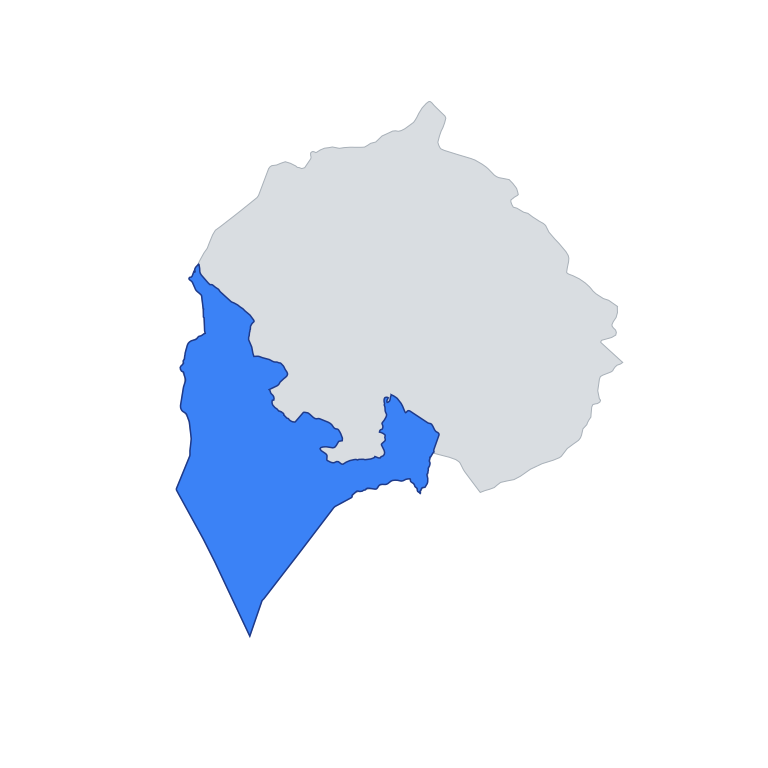 Ethiopia, with Somali highlighted, rotated 109°
{"feature_id": "ETH-3134", "entity_name": "Somali", "entity_type": "Administrative State", "adm_level": 1, "iso_a3": "ETH", "parent_name": "Ethiopia", "parent_adm1": "", "projection": "mercator", "projection_center": [42.488, 7.246], "detail": "fine", "context": "in_parent", "style": "filled", "palette": "blue", "viewbox_px": 768, "rotation_deg": 109, "n_neighbors": 0, "source": "natural_earth", "source_scale": "10m", "svg_char_len": 9809}
<svg xmlns="http://www.w3.org/2000/svg" viewBox="0 0 768 768"><g transform="rotate(109 384 384)"><path d="M187.4,523.8L186.8,523.1L183.5,520.5L180.4,517.0L178.5,513.1L176.7,510.0L175.7,502.9L173.4,498.5L171.2,493.2L167.8,483.1L166.4,479.6L163.7,477.2L160.8,475.0L157.9,470.6L150.1,466.6L147.2,463.5L142.0,458.1L140.8,455.4L140.4,452.7L138.8,450.2L135.9,447.4L127.0,441.2L124.6,440.5L121.4,439.8L116.7,439.2L110.5,437.8L105.0,435.4L102.5,433.7L101.9,432.5L102.4,430.6L104.4,427.2L108.2,419.2L110.8,413.6L112.5,412.1L117.4,411.7L122.5,411.8L126.2,412.3L131.5,412.3L137.9,411.8L140.4,410.0L142.4,408.0L143.2,406.6L143.5,403.0L143.4,400.1L143.1,389.1L142.8,382.3L142.5,374.6L142.6,373.0L142.6,371.0L144.2,362.8L145.6,358.1L146.6,355.6L150.6,347.7L151.3,345.1L151.5,342.8L150.0,332.2L152.6,327.2L155.9,322.3L158.8,320.2L161.2,318.7L162.3,319.3L165.0,321.6L168.7,323.9L170.4,323.4L172.9,321.4L174.7,319.3L174.5,315.6L176.1,307.9L175.8,303.5L177.6,298.0L179.5,290.3L180.4,285.4L181.5,282.8L186.8,277.4L191.3,269.7L194.2,264.1L199.7,255.0L202.5,251.7L204.8,250.2L208.2,249.3L214.5,248.5L219.0,247.7L219.7,246.5L220.0,244.7L220.1,240.6L221.0,233.5L222.9,226.7L225.2,221.4L226.5,219.1L228.0,216.8L229.7,212.9L231.8,204.5L231.7,198.9L234.7,188.4L235.4,188.4L240.5,186.5L245.5,186.2L250.4,187.5L253.5,187.8L255.0,187.2L256.3,185.4L257.6,182.6L259.6,181.1L262.3,180.8L265.9,183.9L271.7,192.3L273.2,192.8L274.1,192.6L277.0,185.9L279.3,180.6L283.5,170.9L285.9,165.3L288.1,166.9L290.4,169.8L292.9,171.1L295.6,171.9L296.9,172.0L298.6,173.2L304.5,180.1L306.5,181.8L309.3,181.9L320.8,179.7L327.8,175.6L328.8,174.0L330.7,174.0L333.0,175.8L333.9,177.5L335.4,179.8L338.1,180.1L344.7,178.5L348.0,177.6L350.7,178.4L354.2,179.0L356.4,179.0L361.6,181.3L367.9,180.6L370.9,180.7L373.9,181.7L378.9,185.3L385.3,189.7L394.6,192.8L396.5,194.1L400.9,199.1L407.9,208.6L416.9,217.8L426.8,225.0L432.1,230.0L435.6,236.1L439.1,241.7L442.7,244.1L446.0,246.0L449.4,250.2L451.8,253.7L455.2,257.7L451.5,263.2L446.5,270.6L440.7,279.1L439.0,281.2L434.0,286.3L433.1,287.8L432.1,291.5L432.0,298.3L432.7,306.9L433.3,314.9L436.1,315.8L439.3,316.4L442.9,315.4L447.2,314.5L452.5,313.9L458.4,312.3L461.9,311.1L465.6,311.1L468.8,312.5L470.4,313.8L472.7,314.2L475.7,314.2L475.0,315.7L473.4,317.9L471.4,320.1L469.6,322.3L465.7,328.7L465.6,329.5L466.1,330.7L468.2,333.6L470.4,338.3L471.6,342.6L472.6,344.7L475.3,347.1L479.1,352.0L481.2,355.3L485.4,357.0L486.8,361.2L490.0,367.4L493.4,372.3L496.7,376.2L500.4,377.6L501.9,377.8L509.7,384.9L515.6,390.3L517.1,391.2L527.8,394.7L540.0,398.8L549.9,402.1L562.4,406.2L574.8,410.3L586.4,414.3L602.7,419.8L615.8,424.2L626.2,427.7L628.4,428.8L666.0,428.8L656.8,437.9L646.3,448.1L635.2,458.8L628.1,465.7L616.8,476.7L607.5,485.8L597.8,495.7L589.1,504.7L577.7,517.2L570.4,525.2L558.9,537.8L551.6,545.8L550.6,546.2L540.2,545.6L530.1,545.0L517.3,544.3L515.8,544.3L512.1,545.1L509.8,545.8L500.5,547.9L498.8,548.5L491.1,551.9L483.3,555.9L479.2,558.9L476.0,563.4L474.6,566.6L473.2,568.0L470.7,569.2L454.3,572.2L449.5,572.6L441.8,575.0L437.7,579.0L436.5,581.1L431.0,581.0L421.4,581.6L417.3,582.2L415.3,582.4L411.6,582.3L408.5,581.6L406.5,580.5L404.0,578.0L398.4,573.0L394.4,569.9L385.5,573.5L377.5,577.1L366.1,582.2L359.6,585.8L357.7,589.5L352.7,596.1L348.2,600.2L346.5,600.7L336.4,599.9L332.8,599.1L326.7,598.3L318.6,596.9L313.2,595.3L307.3,595.1L298.7,594.6L293.5,593.5L288.2,589.8L281.3,585.3L274.3,580.7L267.0,576.0L258.4,570.6L249.0,564.7L246.9,564.1L246.0,564.0L235.8,563.7L225.2,563.4L218.0,563.2L215.8,562.5L214.1,561.2L211.9,556.8L209.1,553.7L206.0,549.7L205.8,544.3L206.6,538.4L207.4,536.5L207.0,534.6L207.1,531.9L205.3,529.4L194.9,526.6L193.3,526.8L191.5,527.9L189.5,528.6L188.1,527.9L187.3,526.9L187.2,525.1L187.4,523.8Z" fill="#d9dde1" stroke="#a8b0b8" stroke-width="1"/><path d="M666.1,428.8L607.5,485.8L589.1,504.7L554.7,542.6L551.7,545.8L550.6,546.2L515.1,544.2L513.7,544.5L510.4,545.7L498.5,548.4L483.1,555.8L477.1,560.7L476.8,561.0L476.5,561.5L476.0,562.7L475.4,565.4L474.8,566.6L473.6,567.9L472.2,568.8L470.6,569.4L452.1,572.6L446.0,572.7L444.8,573.0L443.5,573.6L441.3,575.3L438.7,577.0L438.0,577.5L437.8,578.3L437.8,579.4L437.6,579.9L437.1,580.3L436.6,581.1L434.7,582.1L433.0,581.8L431.4,580.9L429.6,580.3L428.0,581.2L427.5,581.4L426.9,581.3L425.9,580.9L425.3,580.8L422.3,581.6L421.3,581.6L419.4,582.1L411.4,582.6L409.4,582.4L407.6,581.6L405.9,580.3L403.5,576.9L402.5,576.0L401.9,575.7L400.1,575.1L399.4,574.7L399.0,574.3L398.4,573.2L397.4,572.1L395.2,570.6L394.3,569.5L392.0,571.0L380.0,575.6L379.8,575.8L379.6,576.4L379.4,576.6L372.6,579.0L372.2,578.9L371.9,578.9L371.8,579.0L371.9,579.3L371.7,579.5L359.9,585.2L359.1,586.2L357.3,590.9L356.7,592.1L356.0,593.0L350.5,598.0L349.6,599.2L348.8,601.7L348.1,602.7L346.9,602.7L346.3,602.3L346.0,601.8L345.8,601.3L345.5,600.9L344.3,600.5L339.6,600.4L340.0,599.7L339.8,599.3L339.3,599.2L337.6,600.2L336.2,600.3L334.7,600.0L331.3,598.4L331.8,598.0L331.5,597.7L334.6,596.0L337.8,594.7L339.2,593.7L340.5,592.1L345.6,583.3L346.7,581.0L346.2,579.4L346.1,578.7L346.3,577.9L347.5,574.7L348.3,571.4L348.6,570.9L350.0,569.1L355.9,555.4L356.1,554.4L356.2,552.2L356.9,548.1L358.0,545.0L358.8,541.9L360.2,539.1L362.5,533.1L366.1,527.9L366.9,527.3L367.5,527.3L368.6,527.9L369.9,528.5L372.6,529.0L373.4,528.9L375.4,528.3L375.7,528.2L376.6,528.3L377.8,528.0L379.4,527.9L382.2,527.2L383.9,527.2L384.2,527.1L384.5,526.9L385.5,526.7L386.2,526.4L392.1,521.1L397.6,518.0L400.3,516.0L399.0,512.8L398.7,511.7L398.6,510.6L398.7,507.6L398.2,500.4L398.5,498.5L398.7,497.5L398.8,496.6L398.9,495.6L398.8,494.6L398.6,493.8L398.3,493.0L398.1,492.1L398.2,490.5L397.9,488.7L398.2,487.9L399.6,485.2L400.2,484.4L402.4,482.2L404.3,479.7L405.1,479.0L406.0,478.4L407.8,478.4L409.6,479.2L411.4,480.4L416.1,482.9L418.0,483.2L418.9,483.5L419.8,484.0L420.5,484.5L426.7,490.8L427.1,490.0L427.7,489.4L429.1,488.4L429.7,487.8L431.0,485.2L432.0,484.1L433.6,483.2L435.1,483.0L435.7,484.3L436.6,484.2L437.5,484.0L438.3,483.7L439.1,483.2L439.4,483.0L440.4,482.0L440.6,481.6L440.8,481.3L440.9,481.0L441.4,480.2L441.8,479.5L442.5,476.9L443.5,475.3L443.9,474.4L443.5,473.7L443.8,473.3L443.9,472.9L443.7,472.0L443.8,471.6L444.2,471.0L444.3,470.7L444.4,469.8L444.8,469.2L446.1,468.5L446.0,468.1L446.2,467.8L446.4,467.6L446.6,467.4L447.1,466.2L447.6,465.4L447.8,465.0L447.9,464.5L447.8,463.7L447.9,463.2L448.0,462.9L448.8,461.8L449.3,460.1L449.5,458.2L449.0,455.9L448.7,455.6L437.2,451.0L436.8,450.5L436.5,449.3L436.2,447.3L436.1,446.5L436.3,445.7L436.8,444.2L438.5,440.3L439.1,438.2L438.9,436.5L438.3,435.4L437.9,434.5L437.8,433.5L438.3,424.3L438.7,422.2L439.4,420.3L441.5,417.4L442.0,416.3L442.1,415.3L441.8,413.1L442.1,412.2L443.6,410.3L445.1,408.7L448.7,405.7L451.2,405.0L452.7,407.7L453.2,408.2L457.7,409.1L459.9,410.0L461.0,411.6L462.1,417.9L462.8,419.9L463.7,421.7L464.8,423.1L466.1,423.4L467.4,421.8L468.9,416.3L469.9,414.8L470.7,414.4L474.0,413.5L474.7,413.0L474.9,412.1L475.0,411.1L475.3,409.3L475.3,408.2L475.2,407.2L475.0,406.3L474.6,405.5L472.7,403.5L472.3,401.8L473.5,398.2L473.2,396.7L472.5,396.1L470.8,394.8L470.1,394.2L467.5,391.3L465.2,387.6L464.5,386.1L464.4,385.4L464.5,384.4L464.3,384.1L463.6,383.4L463.2,382.6L461.9,379.0L461.8,378.4L461.8,377.5L461.7,377.2L459.3,372.3L458.0,370.6L456.7,369.2L455.5,369.0L455.7,365.2L455.2,363.6L453.7,363.1L452.3,361.5L450.5,360.8L448.6,361.1L446.8,362.2L442.4,366.6L441.7,366.8L440.7,366.4L437.8,364.8L436.8,364.5L435.9,364.8L434.1,365.9L433.3,365.9L432.0,366.2L431.1,368.3L430.8,370.9L431.0,372.6L430.0,372.8L429.1,372.7L428.3,372.3L427.7,371.5L427.3,371.0L426.4,370.9L425.4,371.0L424.6,371.2L423.8,371.6L422.5,372.7L421.8,373.1L421.0,373.0L418.1,372.0L415.0,371.4L413.4,371.3L411.9,371.7L411.5,372.0L410.5,373.0L409.7,373.7L408.9,374.2L408.0,374.6L406.2,375.3L405.4,375.7L404.7,376.2L404.0,376.8L403.7,377.0L403.3,377.0L402.8,377.0L402.4,377.1L402.0,377.3L400.8,378.1L399.2,378.7L398.3,378.9L397.5,378.9L396.6,378.7L396.1,378.1L395.7,377.3L395.5,376.3L395.6,375.6L396.3,375.5L398.0,375.8L398.9,375.8L399.9,375.5L400.4,375.0L400.0,374.3L398.2,373.2L396.5,373.2L394.6,373.6L392.5,373.6L392.1,373.5L391.8,373.7L392.1,371.0L392.8,368.3L393.3,366.8L396.7,361.6L398.8,359.3L403.5,355.2L404.1,354.3L403.7,353.8L402.1,353.1L401.4,352.6L401.1,351.6L401.1,350.7L406.5,329.8L406.5,328.8L406.3,327.2L406.4,326.4L406.7,325.7L408.0,324.1L410.9,321.2L412.0,319.5L412.2,318.5L412.4,317.4L412.7,316.5L413.4,315.7L414.2,315.4L429.3,315.5L430.4,315.4L431.1,315.1L431.7,314.7L432.1,314.6L432.4,314.9L433.3,315.3L437.8,316.2L437.9,316.4L438.0,316.6L438.2,316.8L438.5,316.8L438.7,316.7L438.9,316.5L439.2,316.4L441.3,316.3L442.3,316.0L443.5,314.9L444.5,314.5L446.6,314.3L448.5,314.7L449.2,314.7L449.8,314.6L451.1,314.0L451.4,314.0L452.1,314.0L452.4,314.0L453.7,313.6L454.5,313.7L455.1,313.9L455.7,313.9L456.5,313.5L459.0,311.9L462.4,310.8L464.1,310.7L466.8,311.3L467.7,311.4L468.4,311.7L469.3,313.7L470.0,314.3L470.8,314.5L472.4,314.6L473.3,314.9L473.8,315.0L474.3,314.8L474.7,314.3L475.1,314.0L475.7,314.2L475.2,315.0L474.8,316.6L474.6,317.2L473.9,317.8L472.3,318.4L471.8,319.0L471.5,319.8L471.3,320.4L471.1,321.0L470.5,321.7L469.1,322.7L468.7,323.4L468.3,324.3L468.0,325.8L467.7,326.6L467.3,327.2L466.5,327.7L465.8,327.9L465.3,328.2L465.3,329.1L466.1,330.8L467.1,332.4L469.2,334.4L469.7,335.2L470.2,336.2L470.6,339.7L471.3,342.2L472.4,344.5L473.4,345.7L477.0,348.0L477.9,348.9L478.6,350.1L479.0,351.3L479.3,352.6L480.1,354.4L481.1,355.4L482.5,356.0L484.2,356.3L485.6,356.9L486.3,358.1L487.4,364.2L487.9,365.7L488.8,366.7L489.8,366.9L490.1,367.1L490.4,367.4L490.8,368.3L491.1,368.7L491.4,369.0L492.2,369.5L492.5,369.9L493.4,371.6L493.6,372.3L493.7,373.6L493.9,374.3L494.3,374.9L499.2,377.8L499.9,377.9L500.8,377.5L501.4,377.5L502.0,377.8L515.6,390.3L517.1,391.2L573.3,409.8L582.7,413.0L626.2,427.7L628.4,428.8L666.1,428.8Z" fill="#3b82f6" stroke="#1e3a8a" stroke-width="1.5"/></g></svg>